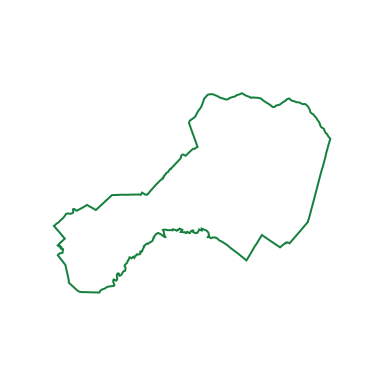 Horodnic De Sus, Suceava, Romania, rotated 158°
{"feature_id": "2599482B42515196474333", "entity_name": "Horodnic De Sus", "entity_type": "district", "adm_level": 2, "iso_a3": "ROU", "parent_name": "Romania", "parent_adm1": "Suceava", "projection": "albers", "projection_center": [25.808, 47.836], "detail": "fine", "context": "isolated", "style": "outline", "palette": "green", "viewbox_px": 384, "rotation_deg": 158, "n_neighbors": 0, "source": "geoboundaries", "source_scale": "gbopen_adm2", "svg_char_len": 6022}
<svg xmlns="http://www.w3.org/2000/svg" viewBox="0 0 384 384"><g transform="rotate(158 192 192)"><path d="M332.7,212.3L331.9,209.8L330.2,204.9L327.4,196.4L333.1,194.3L333.0,194.2L336.5,192.8L335.7,191.5L334.9,191.9L333.8,189.8L334.9,189.4L334.7,188.9L334.6,188.3L333.5,187.6L333.0,187.3L334.8,184.2L336.0,184.2L336.8,184.4L337.9,184.7L340.1,183.7L337.7,175.2L336.7,171.8L339.3,156.3L339.6,155.7L339.9,154.7L340.2,154.1L337.0,147.4L335.7,144.6L334.7,142.9L333.9,141.9L333.0,141.2L331.0,140.2L327.0,138.5L315.6,133.5L315.1,134.0L313.5,135.1L312.7,135.2L311.9,135.3L309.3,135.2L308.4,135.3L306.5,135.7L305.8,135.7L305.0,135.6L304.1,135.4L300.7,134.5L300.1,134.2L299.6,134.3L298.9,134.6L298.7,135.1L298.8,135.8L298.8,136.8L298.7,137.7L298.6,138.3L298.4,139.1L297.8,139.8L297.4,140.2L296.9,139.9L296.4,139.3L296.1,138.6L295.6,138.2L295.0,138.4L294.2,139.0L293.8,139.6L293.7,140.2L293.6,141.0L293.4,141.9L293.2,142.4L292.3,143.6L291.6,144.3L291.1,144.3L290.5,143.9L290.4,143.3L290.6,142.7L290.8,142.1L290.7,141.6L290.2,141.4L289.1,141.6L288.4,141.8L286.1,143.6L284.9,144.2L284.3,144.0L283.7,144.0L283.1,144.5L282.3,146.0L282.0,146.6L282.0,147.3L282.2,148.3L282.2,148.8L281.7,149.3L280.8,149.8L279.7,150.3L278.7,150.7L278.1,151.3L277.5,152.1L276.8,152.5L276.3,152.9L274.6,154.4L274.4,154.8L274.0,154.6L273.6,154.3L273.4,154.0L272.9,153.2L270.7,153.9L270.5,153.1L270.2,152.5L268.6,154.0L268.4,154.1L268.1,154.1L267.3,154.0L267.1,154.1L266.6,154.9L264.5,154.0L264.0,153.9L263.0,154.1L262.5,156.0L262.2,156.1L261.9,156.1L262.0,155.6L260.5,155.6L260.1,156.4L259.4,157.0L257.9,158.3L256.8,159.1L257.0,159.8L255.6,160.3L253.1,161.1L252.9,161.1L252.7,161.0L252.5,160.6L252.3,160.4L252.0,160.5L251.0,160.8L249.2,161.1L247.8,161.3L246.9,161.5L245.9,162.8L245.6,163.0L244.3,164.0L244.5,164.4L241.5,166.3L241.0,166.4L238.8,166.8L238.0,165.9L236.7,164.4L236.1,163.5L235.1,161.8L234.6,161.1L233.9,160.2L233.6,160.2L233.7,160.5L233.8,160.9L233.8,161.8L233.5,164.3L233.2,165.1L233.1,165.4L233.1,166.1L233.1,167.3L233.1,167.8L231.4,167.3L230.5,166.9L228.7,165.6L227.7,165.2L226.5,164.9L224.5,163.8L224.4,164.1L224.1,164.4L223.7,164.6L221.8,163.2L220.8,162.1L220.6,161.8L220.2,162.1L219.6,162.3L218.9,162.4L218.7,162.0L217.0,162.7L216.1,161.5L215.1,160.5L215.5,160.2L216.4,160.0L217.2,159.5L217.5,159.2L216.3,158.6L215.4,158.1L214.4,157.6L214.2,157.4L213.8,157.5L213.1,156.2L212.8,156.1L211.4,156.9L211.1,156.8L211.0,156.4L210.7,155.9L210.4,155.5L210.1,155.0L209.7,154.8L209.5,154.7L207.9,156.0L207.1,156.1L205.7,156.2L205.3,155.6L206.3,154.9L205.3,153.7L204.3,152.6L204.0,152.8L202.3,152.1L200.9,153.2L199.9,153.9L199.6,154.2L199.3,154.6L197.4,152.6L197.2,152.9L196.9,154.0L196.7,154.4L196.0,153.7L194.9,152.6L193.4,151.2L192.8,150.4L192.4,149.2L192.1,148.6L192.0,147.8L192.3,146.8L192.3,145.8L192.5,145.2L193.2,145.0L193.8,144.6L194.0,144.4L194.2,144.2L193.2,143.8L192.4,143.2L192.0,142.7L191.8,142.1L191.5,142.0L190.1,142.2L189.3,141.9L188.6,141.6L187.9,141.4L186.2,139.8L184.9,137.0L182.5,134.3L179.3,129.7L176.9,125.1L172.1,117.2L167.2,108.2L163.4,110.9L161.8,112.2L160.4,113.2L154.7,117.7L151.1,120.1L146.0,124.0L143.3,125.9L137.6,117.3L131.1,107.7L127.7,108.8L124.4,109.8L124.0,109.2L122.6,109.8L121.8,109.0L120.7,107.9L111.2,112.8L106.9,115.0L95.6,120.9L95.2,121.7L94.4,122.7L93.8,123.2L87.5,131.7L84.5,135.6L64.5,162.5L60.6,167.3L56.0,173.4L52.5,178.4L47.1,185.5L43.8,189.5L44.7,192.2L45.2,195.3L45.6,196.0L45.8,196.6L46.0,197.2L46.2,199.6L46.2,199.9L46.0,200.5L46.0,201.1L46.2,201.5L47.4,203.0L47.9,203.8L48.1,204.5L48.1,205.7L47.9,208.3L48.0,209.3L48.3,210.4L48.7,211.9L49.0,214.1L49.2,214.8L49.7,215.8L50.0,217.3L50.6,218.7L51.5,220.0L52.1,220.8L52.3,221.9L52.2,223.2L52.0,224.4L52.1,225.4L52.3,227.1L52.8,228.7L54.0,231.1L54.9,231.4L56.4,232.0L57.4,232.9L58.7,234.6L59.3,235.0L60.9,235.8L61.7,236.3L62.0,236.6L63.2,237.9L64.6,238.8L65.5,239.5L66.0,240.6L66.5,241.8L67.1,242.4L68.6,242.3L69.7,242.4L70.0,242.3L70.5,241.8L70.9,241.6L71.7,241.5L74.4,241.1L76.9,240.4L77.7,240.2L79.4,240.2L80.8,240.6L81.4,240.7L81.8,240.6L82.3,240.3L83.1,240.1L84.2,240.1L84.7,240.2L85.5,240.8L86.8,243.3L90.1,247.9L91.2,249.4L92.0,250.7L92.7,252.4L93.2,253.0L96.2,255.0L97.7,255.6L100.6,257.1L101.2,257.1L101.5,257.0L101.9,257.2L102.5,258.0L104.1,259.6L106.2,261.5L108.5,264.6L108.8,264.9L109.5,264.9L111.5,264.7L111.9,264.8L112.9,264.9L114.4,265.1L115.0,264.9L115.8,264.5L116.5,264.5L119.0,264.9L121.8,265.0L122.4,264.9L123.6,264.5L123.9,264.5L125.4,264.9L126.1,265.2L128.3,267.1L129.7,268.2L130.6,268.9L131.2,269.5L131.5,270.1L131.7,270.5L135.6,274.4L136.4,275.0L137.2,275.4L137.9,275.6L138.8,275.8L139.9,276.2L140.6,276.3L140.8,276.3L141.9,275.9L144.2,274.7L145.4,274.2L145.8,274.0L148.5,270.7L149.3,269.8L151.0,268.0L152.8,266.6L155.7,264.9L157.0,263.9L160.7,260.8L161.3,260.4L166.6,259.1L167.3,259.0L168.7,257.5L168.9,257.0L169.1,253.6L169.2,250.8L169.5,244.8L169.5,242.1L169.7,240.2L169.6,239.8L170.0,231.7L171.7,231.6L173.1,231.1L173.5,231.1L174.8,231.5L175.2,231.5L175.8,231.3L176.6,231.1L177.4,230.8L178.5,230.3L180.4,229.6L181.2,229.3L182.5,228.7L183.2,228.5L184.3,228.0L185.4,229.3L186.3,230.1L186.6,230.2L187.5,230.0L188.4,229.7L189.3,228.2L190.1,227.4L201.7,222.0L203.1,221.7L203.1,221.3L203.8,221.3L204.2,221.2L205.9,220.1L206.5,219.7L207.5,219.3L208.7,219.3L209.9,218.2L210.7,218.0L211.9,217.5L212.1,217.2L212.2,216.8L212.2,216.7L214.0,216.0L213.9,215.4L215.7,215.0L217.0,214.7L222.1,212.5L223.9,211.7L228.4,209.4L229.6,208.9L233.1,206.9L233.4,206.8L234.5,206.7L234.7,206.4L236.3,207.0L238.5,210.1L240.6,208.6L241.3,209.0L242.3,209.7L243.0,209.9L247.4,211.6L250.5,212.8L251.9,213.2L259.2,216.2L260.4,216.6L261.1,216.8L267.4,219.1L287.9,211.3L291.1,215.5L292.4,216.9L294.1,219.3L295.7,219.1L297.1,218.8L301.1,218.3L305.0,217.9L305.9,217.8L306.4,218.2L307.1,219.6L307.6,220.4L308.4,220.6L308.8,220.5L309.3,218.7L309.7,217.7L310.3,217.2L311.6,217.2L312.8,217.4L313.9,217.8L314.7,218.5L317.0,218.9L318.7,217.6L321.4,216.1L324.3,215.1L327.2,213.8L329.1,213.5L331.7,212.5L332.7,212.3Z" fill="none" stroke="#15803d" stroke-width="2"/></g></svg>